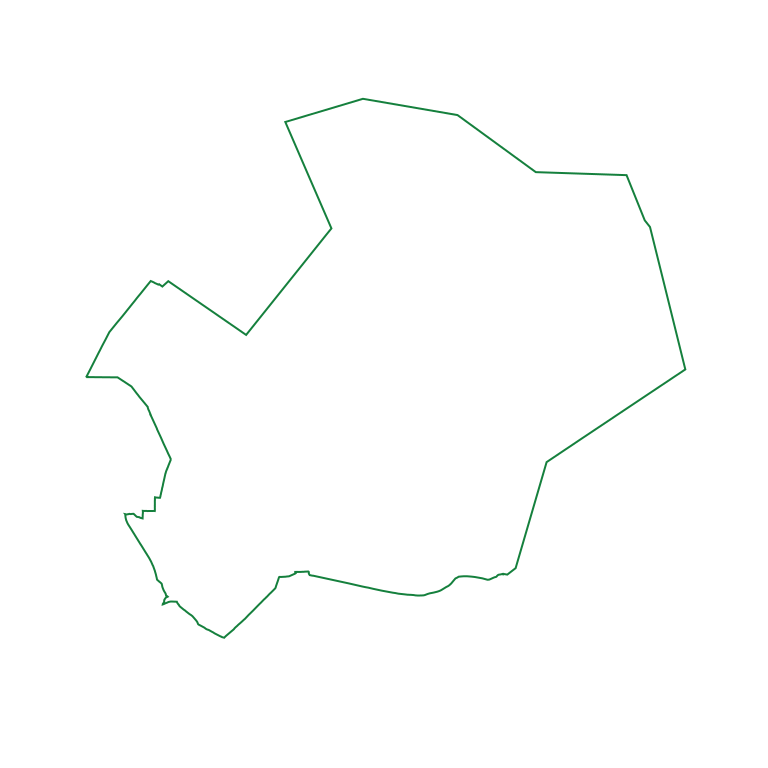 outline of Hollands Kroon, Noord-Holland, Netherlands, rotated 10°
{"feature_id": "6326949B67120856251926", "entity_name": "Hollands Kroon", "entity_type": "district", "adm_level": 2, "iso_a3": "NLD", "parent_name": "Netherlands", "parent_adm1": "Noord-Holland", "projection": "robinson", "projection_center": [4.878, 52.876], "detail": "fine", "context": "isolated", "style": "outline", "palette": "green", "viewbox_px": 768, "rotation_deg": 10, "n_neighbors": 0, "source": "geoboundaries", "source_scale": "gbopen_adm2", "svg_char_len": 5867}
<svg xmlns="http://www.w3.org/2000/svg" viewBox="0 0 768 768"><g transform="rotate(10 384 384)"><path d="M586.6,136.2L496.7,149.0L409.7,106.4L313.7,106.8L241.3,143.1L272.7,190.7L305.2,239.9L301.1,247.3L281.0,284.1L239.7,359.6L153.7,320.2L148.8,326.5L145.2,324.8L144.8,325.2L144.7,325.3L144.4,325.3L143.4,325.0L141.8,324.6L141.3,324.5L140.9,324.4L140.4,324.2L139.4,323.8L138.8,323.7L138.2,323.5L137.8,323.4L137.6,323.4L136.4,323.1L136.0,323.8L133.6,328.1L130.3,334.1L128.5,337.4L127.0,340.0L125.5,342.7L124.1,345.4L122.3,348.6L114.7,362.5L110.2,370.3L104.5,380.6L102.8,386.1L101.9,389.0L100.2,394.2L99.6,396.1L98.3,400.5L97.7,402.3L95.1,410.9L93.8,415.2L93.0,417.8L92.5,419.5L89.8,428.2L90.9,428.3L90.8,428.7L112.3,425.1L120.4,423.7L135.7,430.3L142.2,436.3L143.5,437.4L145.4,439.2L147.3,440.8L155.3,447.6L155.4,448.1L155.5,448.4L155.9,449.0L156.3,449.9L156.8,450.6L157.1,450.9L159.6,454.9L159.4,455.0L159.7,455.4L160.5,456.4L168.2,467.5L168.3,467.9L173.7,475.6L177.2,480.9L180.8,486.0L181.7,487.3L183.6,490.1L185.8,493.1L187.4,495.5L187.5,495.5L187.1,495.5L187.1,496.0L187.0,496.3L187.0,496.5L186.9,496.9L186.3,499.7L185.8,502.1L185.6,503.4L185.4,504.0L185.2,504.8L185.3,505.1L185.0,505.8L184.9,506.2L184.9,506.5L184.6,507.7L184.5,508.7L184.4,509.9L184.3,510.0L184.1,514.8L184.0,517.0L183.9,518.7L183.8,520.9L183.8,522.5L183.7,524.2L183.6,524.7L183.6,526.8L183.5,528.4L183.4,529.5L183.4,530.0L183.4,531.4L183.3,532.1L183.3,533.7L183.2,534.2L183.2,534.5L183.2,534.9L182.5,535.1L181.0,535.2L179.1,535.4L178.9,535.4L178.2,535.3L178.2,535.9L178.3,536.9L178.4,537.2L178.5,537.7L178.5,538.2L178.6,538.4L178.7,539.4L178.8,539.9L179.0,540.9L179.1,541.6L179.3,542.5L179.3,542.9L179.3,543.1L179.4,543.4L179.5,543.8L179.6,544.0L179.6,544.6L179.8,545.7L180.1,547.1L180.2,547.8L180.3,548.4L180.3,548.7L180.3,548.9L179.8,548.9L177.9,549.3L175.6,549.7L173.6,550.1L173.2,550.2L172.5,550.2L171.8,550.3L171.2,550.4L170.6,550.5L169.8,550.7L168.5,550.8L168.8,551.9L168.9,552.7L169.0,553.2L169.0,553.9L169.6,558.3L167.1,558.1L166.4,557.7L166.2,557.7L165.9,557.7L163.5,557.7L163.4,557.6L162.3,556.9L160.4,555.6L160.0,555.4L159.9,555.5L159.3,555.5L158.3,555.7L157.5,556.0L156.9,556.1L156.1,556.1L155.8,556.1L155.5,556.2L155.3,556.4L154.8,556.6L154.1,556.8L153.3,557.2L153.1,557.2L152.7,557.2L152.1,557.2L151.9,557.1L151.7,557.1L151.8,557.2L152.1,558.3L152.5,559.8L153.0,561.2L153.7,562.7L153.8,563.0L154.5,564.0L155.3,565.3L156.3,566.6L157.3,567.7L158.7,569.2L159.6,570.2L160.7,571.4L162.2,573.1L169.8,581.6L170.0,581.8L172.2,584.3L172.3,584.3L178.9,591.7L179.7,592.5L179.8,592.6L179.9,592.8L182.0,595.1L183.3,596.6L183.7,597.1L184.1,597.7L184.4,598.0L185.5,599.4L187.7,602.7L188.0,603.0L188.5,603.7L188.6,604.0L188.9,604.5L190.5,607.3L190.8,607.8L191.1,608.5L191.4,609.1L192.2,610.7L192.8,612.0L193.0,612.6L193.7,614.1L194.4,615.9L194.5,616.1L197.4,617.9L197.7,618.0L198.4,618.4L199.3,619.0L199.6,619.2L199.7,619.4L199.9,619.6L200.0,619.9L200.6,621.3L200.8,622.0L201.4,623.1L202.2,624.4L202.9,625.5L203.7,626.5L204.5,627.4L205.2,628.2L205.3,628.3L205.6,629.0L206.0,629.8L206.1,630.1L206.5,630.3L207.4,630.7L207.6,630.8L207.9,631.0L207.1,631.6L206.4,632.0L206.2,632.4L206.1,632.6L205.6,633.6L205.3,634.3L205.1,635.1L205.3,636.0L205.3,636.4L205.2,636.9L205.0,637.7L204.5,638.8L204.4,638.9L204.4,639.5L205.3,639.0L207.4,637.5L207.9,637.3L209.2,636.4L209.6,636.1L210.6,635.7L211.6,635.3L212.6,635.1L217.8,634.4L218.1,635.0L218.5,635.5L219.8,636.7L219.8,636.8L220.2,637.1L220.4,637.2L220.8,637.8L221.2,638.2L221.9,638.7L226.0,641.0L227.4,641.6L228.5,642.3L232.5,644.4L234.0,645.0L235.5,645.8L235.8,646.0L237.9,647.7L240.2,649.6L241.3,650.7L241.5,650.9L241.6,651.1L242.6,652.7L242.8,652.9L243.2,653.1L243.4,653.2L243.8,653.3L245.7,653.9L249.6,655.2L250.6,655.8L251.3,656.1L251.9,656.3L252.7,656.5L253.6,656.6L253.9,656.6L254.2,656.7L257.6,657.9L259.2,658.4L260.2,658.9L263.4,659.9L267.0,661.0L267.8,661.1L268.1,661.3L268.5,661.4L270.7,661.6L270.8,661.4L271.0,661.1L272.0,659.7L275.8,655.1L278.3,652.1L278.8,651.5L278.9,651.2L279.0,651.0L279.2,650.6L280.1,649.3L281.4,647.7L282.3,646.4L283.8,644.6L285.3,642.7L287.1,640.3L287.8,639.5L291.0,634.6L291.4,634.1L294.4,629.9L298.0,624.6L299.8,622.0L300.7,620.8L303.1,617.2L304.2,615.8L304.6,615.3L304.8,614.9L305.3,614.2L305.6,613.9L306.3,612.8L306.5,612.5L307.1,611.6L307.2,611.4L307.9,610.4L308.2,610.0L308.5,609.6L309.0,609.0L309.1,608.8L310.1,607.4L311.0,606.1L312.3,604.2L312.6,603.5L312.8,601.5L313.0,600.4L313.3,598.4L313.5,597.3L313.9,594.6L314.0,593.7L314.1,593.1L314.3,592.3L314.4,592.2L314.6,592.1L315.6,592.0L316.1,591.9L320.4,590.9L321.9,590.4L323.1,590.1L324.0,589.8L328.0,587.1L329.2,586.3L329.5,586.0L329.6,585.9L329.4,585.8L329.2,584.5L329.9,584.4L330.2,584.6L330.4,584.5L330.4,584.4L330.6,584.2L331.0,584.1L331.3,584.1L331.9,584.0L334.2,583.6L336.4,583.1L337.6,582.9L338.4,582.6L342.1,581.8L342.6,582.2L342.9,583.8L344.0,585.1L346.7,585.2L347.4,585.1L347.8,585.1L384.1,586.5L397.8,587.2L401.5,587.3L404.0,587.3L409.2,587.6L417.8,587.9L429.0,588.0L431.5,587.9L434.5,588.0L440.4,587.6L444.1,587.4L446.0,587.1L447.8,586.9L449.9,586.7L451.8,586.7L452.6,586.6L453.6,586.5L455.4,586.2L459.2,585.4L459.8,585.2L460.3,585.0L460.8,584.8L463.6,583.1L464.3,582.8L465.0,582.4L465.7,582.1L469.1,580.8L472.7,579.2L473.6,578.7L474.5,578.2L475.4,577.6L476.2,577.0L480.7,573.0L482.1,572.0L482.7,571.4L483.5,570.6L484.0,569.8L484.7,569.0L486.7,565.5L488.1,563.1L489.8,561.9L491.0,560.8L493.9,560.0L495.9,559.5L499.4,558.9L503.6,558.5L506.9,558.3L508.9,558.3L514.6,558.3L516.6,558.5L519.9,558.8L521.5,558.4L522.5,557.8L525.4,555.8L526.5,555.1L527.7,554.6L528.2,554.2L528.7,553.3L529.3,552.5L529.9,552.0L530.4,551.8L532.1,551.2L534.1,550.3L534.5,550.8L535.2,550.3L537.7,550.3L538.5,550.3L538.6,550.2L545.6,542.5L557.7,432.7L588.4,403.2L678.2,317.3L642.2,236.1L618.7,183.2L612.4,177.6L586.6,136.2Z" fill="none" stroke="#15803d" stroke-width="2"/></g></svg>